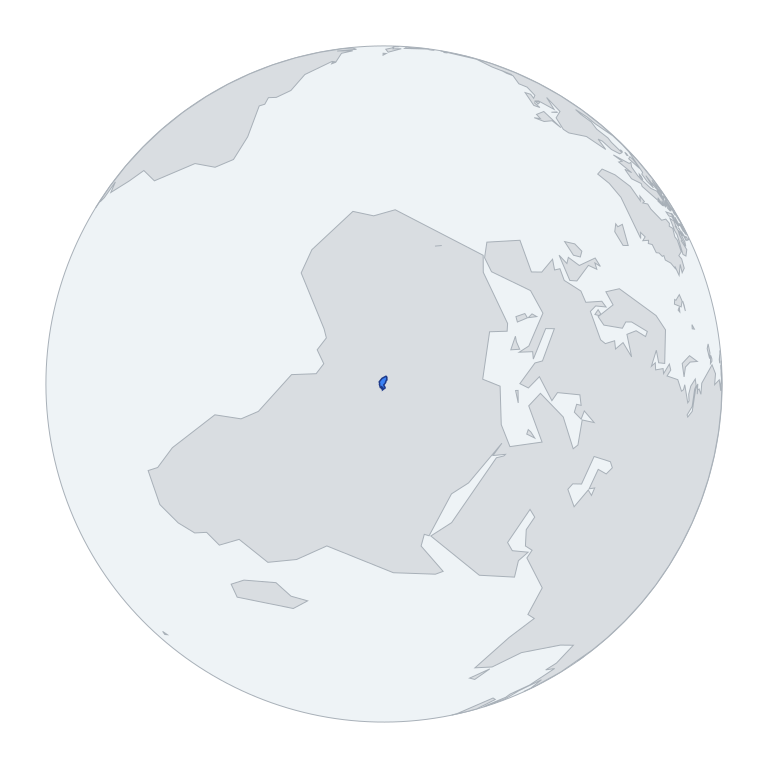 Lac highlighted on a globe, orthographic projection, rotated 74°
{"feature_id": "TCD-1466", "entity_name": "Lac", "entity_type": "Prefecture", "adm_level": 1, "iso_a3": "TCD", "parent_name": "Chad", "parent_adm1": "", "projection": "orthographic", "projection_center": [14.654, 13.759], "detail": "fine", "context": "on_globe", "style": "filled", "palette": "blue", "viewbox_px": 768, "rotation_deg": 74, "n_neighbors": 0, "source": "natural_earth", "source_scale": "10m", "svg_char_len": 9727}
<svg xmlns="http://www.w3.org/2000/svg" viewBox="0 0 768 768"><g transform="rotate(74 384 384)"><circle cx="384" cy="384" r="338" fill="#eef3f6" stroke="#a8b0b8"/><path d="M286.6,60.4L275.7,63.9L280.6,62.4L268.6,67.0L269.8,67.3L262.0,70.2L269.8,68.1L276.7,65.5L282.3,64.0L283.7,64.3L274.0,67.6L271.9,68.0L269.8,69.2L264.4,70.9L267.8,70.2L255.9,74.9L269.6,70.9L261.7,75.3L253.3,78.3L251.8,77.1L228.5,84.6L219.5,89.1L208.4,95.7L192.3,109.1L183.4,115.2L173.0,124.2L178.9,120.6L189.2,112.6L197.7,109.3L209.2,100.9L214.4,98.8L227.2,91.5L227.7,94.0L221.3,100.7L210.7,107.2L207.6,110.7L219.7,106.2L201.9,121.2L193.6,137.1L188.7,141.4L175.6,145.2L170.5,139.7L153.4,148.7L166.9,144.8L154.5,157.4L153.5,160.8L155.6,161.7L161.2,157.9L157.5,163.2L142.8,168.0L145.9,163.2L150.6,161.4L148.1,159.4L138.1,164.6L132.6,171.6L123.2,175.0L119.2,180.4L114.9,184.8L122.0,175.7L109.1,192.7L97.3,205.6L79.4,237.8L92.1,213.7L105.7,192.3L120.9,172.0L137.5,152.9L155.5,135.0L174.8,118.6L195.3,103.7L216.9,90.3L239.3,78.6L262.6,68.6L286.6,60.4ZM50.4,330.2L50.0,332.6L52.4,321.5L54.7,318.2L51.0,337.3L55.1,322.2L54.4,333.7L61.1,341.4L59.6,345.0L64.7,374.8L76.2,392.6L78.8,408.5L76.9,416.2L82.2,421.5L82.3,427.3L108.8,446.9L126.7,466.8L129.1,486.6L120.0,504.9L125.4,548.7L112.6,556.0L118.6,572.9L124.6,593.8L115.7,586.5L127.8,601.5L130.7,606.7L127.5,603.9L135.2,612.7L135.0,612.4L118.3,592.8L103.2,572.1L89.8,550.2L78.0,527.4L68.0,503.7L67.3,501.8L66.2,498.7L58.7,475.5L52.9,451.7L48.9,427.6L46.6,403.3L46.1,378.9L47.4,354.5L50.4,330.2ZM74.5,248.5L74.5,248.4L67.1,271.7L66.4,269.3L67.4,267.2L70.4,258.8L73.2,251.3L74.5,248.5ZM82.1,234.0L83.0,231.5L82.8,232.7L82.1,234.0ZM226.0,90.9L226.6,91.2L223.9,92.3L226.0,90.9ZM231.1,87.6L227.6,88.7L229.5,87.4L231.6,86.7L231.1,87.6ZM234.9,86.7L233.3,85.0L236.7,82.8L247.5,78.7L234.9,86.7ZM278.2,64.7L271.0,67.4L275.8,65.1L278.2,64.7ZM279.9,63.6L286.5,60.4L297.9,57.2L293.4,58.6L307.2,55.0L309.5,54.8L302.5,56.8L294.6,58.7L301.5,57.4L279.9,63.6ZM285.0,63.2L285.3,62.6L295.2,59.6L296.4,60.4L292.8,61.1L285.0,63.2ZM318.2,52.6L321.2,52.1L324.7,51.5L310.6,54.6L309.8,54.3L318.2,52.6ZM291.3,61.9L296.7,61.1L293.3,62.9L285.4,63.8L291.3,61.9ZM297.3,58.6L302.1,57.4L299.8,58.3L297.3,58.6ZM284.2,70.0L284.4,68.6L289.6,66.8L284.2,70.0ZM299.0,60.7L300.2,60.1L302.2,59.4L305.0,59.4L299.0,60.7ZM314.3,54.2L314.4,54.5L320.3,52.8L323.5,52.8L313.5,55.1L319.2,54.1L320.2,54.1L310.9,56.1L314.3,54.2ZM314.1,57.5L302.5,61.3L301.0,63.9L296.4,65.4L299.5,61.0L314.1,57.5ZM313.0,56.4L312.6,57.3L307.0,58.4L303.9,58.4L313.0,56.4ZM329.3,52.1L327.0,51.5L329.2,51.1L329.3,52.1ZM314.8,57.9L317.6,57.1L315.3,58.0L314.8,57.9ZM326.1,53.5L324.9,53.2L327.6,52.7L326.1,53.5ZM324.1,55.8L320.3,56.9L318.0,56.8L324.1,55.8ZM325.9,54.5L329.8,54.0L319.5,56.1L325.0,54.5L325.9,54.5ZM328.7,53.1L329.9,52.7L328.8,53.3L328.7,53.1ZM334.9,56.0L322.5,58.7L317.5,58.3L330.2,55.6L334.9,56.0ZM698.8,261.1L697.2,257.5L702.0,271.5L709.5,293.3L716.3,322.8L718.1,334.2L716.9,326.9L711.7,314.1L716.0,338.8L720.2,354.8L721.8,377.2L721.0,372.8L718.7,353.4L716.8,348.2L713.5,327.0L704.5,298.4L703.4,307.4L699.8,295.1L687.3,274.0L683.6,286.4L680.1,325.9L685.8,358.1L681.9,374.8L662.1,333.5L650.8,304.2L645.2,309.2L623.6,288.1L590.6,294.6L584.6,287.5L578.7,292.7L563.2,287.4L553.5,275.8L544.8,278.2L570.4,308.9L579.6,306.6L585.4,291.8L590.9,303.5L605.6,311.8L594.1,345.1L543.0,380.9L535.9,357.2L485.9,296.3L486.2,288.8L485.9,288.0L485.1,286.6L482.8,298.9L473.4,287.0L502.4,330.0L508.2,349.4L542.3,382.5L539.6,386.7L550.0,393.0L580.4,378.8L581.0,387.0L568.0,427.0L523.9,483.6L528.6,516.4L523.4,544.8L493.4,566.1L493.5,586.7L477.7,595.4L475.0,607.0L460.8,620.1L438.1,632.7L402.2,634.6L401.9,624.6L386.9,605.0L367.0,555.1L378.1,531.0L375.7,512.3L349.5,470.3L355.4,446.4L347.9,436.3L332.7,438.8L323.8,426.7L314.4,426.4L254.4,433.0L235.0,416.3L209.5,366.3L219.5,347.6L219.6,325.2L287.6,253.2L304.0,257.8L359.9,248.5L367.2,251.1L362.9,268.1L406.6,287.8L418.1,273.0L455.4,282.5L478.9,280.2L483.4,248.1L444.9,250.9L436.1,236.2L465.1,220.8L498.4,220.0L496.1,214.4L473.2,203.4L479.0,192.6L465.1,198.9L472.1,204.2L463.6,208.8L456.6,204.4L458.9,200.4L448.4,198.7L440.1,219.6L446.3,227.2L419.8,232.6L427.6,246.3L421.1,253.3L405.4,233.1L405.5,225.3L377.8,205.0L375.3,213.3L401.2,233.6L393.9,232.2L390.7,245.3L387.4,234.3L359.7,211.7L334.6,217.4L305.7,249.7L290.3,252.5L276.0,246.0L283.3,213.7L316.9,211.4L319.9,201.5L310.5,187.6L321.4,188.6L321.7,183.1L334.1,182.2L348.9,169.1L361.1,167.5L364.5,151.8L371.2,149.3L367.3,159.0L371.1,165.6L401.2,163.6L406.2,160.1L406.0,150.4L414.2,151.8L410.1,142.8L426.2,138.5L403.2,136.8L402.3,127.0L410.5,119.5L406.1,116.4L392.6,128.9L391.0,134.5L396.1,139.5L388.0,156.4L378.3,159.6L371.1,142.0L356.5,145.3L357.3,131.5L393.2,103.6L409.5,98.5L441.6,108.5L439.3,114.1L426.6,112.9L440.7,122.1L438.4,117.4L445.3,119.0L446.1,111.5L451.1,112.4L443.5,104.2L449.6,104.5L454.3,109.7L460.8,100.4L472.9,100.0L472.0,97.6L467.6,95.1L485.8,97.2L484.3,95.4L477.8,93.9L470.6,89.7L465.0,83.4L471.6,84.4L474.6,86.8L490.6,94.0L497.3,101.2L499.5,101.1L495.2,95.2L475.6,86.2L470.4,82.3L480.1,85.7L476.2,84.1L475.6,82.5L481.3,82.2L470.8,78.3L456.0,63.4L465.5,62.5L475.8,66.4L472.4,60.6L483.4,62.2L477.4,60.5L471.7,58.0L468.1,57.4L464.8,56.5L454.5,53.5L477.7,59.3L500.3,66.7L522.4,75.7L543.8,86.3L564.4,98.3L584.1,111.7L602.8,126.5L620.4,142.6L636.9,159.9L652.1,178.2L665.9,197.7L678.3,218.0L689.3,239.2L698.8,261.1ZM266.8,290.3L265.5,297.0L266.8,290.3ZM535.9,236.3L554.4,235.1L542.2,216.9L548.3,215.3L542.0,210.1L541.3,215.7L525.1,201.6L531.7,195.2L527.5,187.6L521.1,187.8L511.6,202.0L534.6,221.7L532.0,230.1L535.9,236.3ZM61.4,341.4L61.8,346.1L60.4,344.8L61.4,341.4ZM63.9,276.3L63.5,278.3L62.4,282.1L62.2,281.7L63.9,276.3ZM66.9,290.7L67.7,294.3L65.8,293.7L66.9,290.7ZM66.5,275.0L66.2,288.6L62.7,290.0L63.3,281.9L64.3,282.9L66.5,275.0ZM77.1,243.6L76.3,245.9L74.9,248.9L77.1,243.6ZM81.9,235.0L81.8,234.9L83.3,231.7L81.9,235.0ZM155.4,157.1L156.4,156.9L157.4,158.9L154.7,160.1L155.4,157.1ZM175.8,157.7L169.4,166.2L172.0,160.5L166.9,163.1L166.1,155.3L186.3,143.3L177.3,149.8L175.8,157.7ZM170.7,142.7L168.9,148.2L170.1,142.8L170.7,142.7ZM310.9,157.2L316.0,160.3L312.4,166.4L296.9,171.1L301.9,162.0L310.9,157.2ZM323.9,163.6L321.1,146.3L330.6,143.6L325.8,147.9L332.4,147.8L326.3,154.8L338.1,170.2L335.7,176.8L308.4,180.2L318.6,175.0L313.1,171.9L323.9,163.6ZM297.3,115.9L296.2,110.9L318.2,111.1L316.7,116.0L301.2,120.2L293.9,117.1L297.3,115.9ZM254.4,81.0L252.6,80.8L255.2,79.6L259.0,78.8L254.4,81.0ZM283.9,69.5L265.2,81.4L262.2,81.5L254.9,89.5L244.0,93.3L249.1,87.7L235.3,97.2L235.5,93.7L227.0,100.4L239.5,87.6L239.1,85.6L243.7,86.2L253.7,82.7L257.9,80.6L269.6,73.5L273.8,68.6L284.3,65.1L290.7,64.1L291.3,64.7L284.3,66.5L290.1,66.2L280.4,69.4L283.9,69.5ZM359.2,66.7L350.7,66.3L360.9,70.4L351.2,71.9L353.0,72.3L346.8,75.0L342.4,79.4L337.7,79.6L338.0,81.3L333.9,83.5L332.8,86.1L323.9,87.7L321.8,91.2L318.8,90.1L317.6,95.7L314.5,92.4L309.0,95.6L314.9,97.1L269.8,104.8L253.2,112.2L241.1,120.7L237.5,115.1L246.6,104.3L262.0,92.8L278.5,87.1L273.8,86.2L280.4,83.4L281.3,85.3L283.7,80.9L289.4,79.3L303.1,72.0L303.2,67.7L308.2,65.4L311.0,66.3L314.0,63.5L322.7,63.9L326.5,62.4L338.8,61.8L341.9,65.2L345.9,63.4L355.5,63.5L359.2,66.7ZM338.3,55.9L344.2,58.5L341.8,60.9L321.4,61.1L316.8,62.3L303.6,63.5L307.4,60.3L310.8,60.1L315.0,59.3L312.1,60.6L317.5,59.0L322.4,58.9L327.9,57.8L328.4,58.8L338.3,55.9ZM374.3,244.5L379.8,245.1L388.0,244.0L386.1,252.7L374.3,244.5ZM355.1,229.2L359.9,227.9L361.2,238.7L355.6,238.6L355.1,229.2ZM361.3,218.6L360.0,227.1L357.4,222.4L361.3,218.6ZM371.6,157.7L376.5,156.3L377.5,158.5L375.3,162.1L371.6,157.7ZM387.3,82.8L382.9,81.3L384.0,80.3L379.5,75.5L386.4,74.6L391.8,77.1L387.3,82.8ZM477.5,254.0L471.5,260.6L467.6,257.9L470.5,256.1L477.5,254.0ZM427.1,256.9L439.2,260.2L426.5,259.3L427.1,256.9ZM394.0,80.9L391.4,78.9L396.4,79.8L394.0,80.9ZM391.1,73.8L396.9,74.2L386.7,74.0L391.1,73.8ZM565.3,661.3L564.4,663.7L560.8,665.0L565.3,661.3ZM574.8,533.1L548.4,583.9L534.3,586.1L533.9,572.7L545.2,542.6L562.3,531.9L571.4,517.2L574.8,533.1ZM720.9,410.2L721.0,404.6L715.9,365.7L717.9,364.0L721.9,384.5L721.8,389.8L721.8,392.9L720.9,410.2ZM687.0,360.8L693.0,378.2L690.3,382.8L687.0,360.8ZM703.2,273.1L703.7,274.5L702.0,269.9L700.9,266.6L703.2,273.1ZM448.7,76.6L447.3,83.7L450.8,89.6L459.9,93.6L446.5,91.7L441.0,82.5L448.7,76.6ZM454.4,64.6L446.4,62.1L450.1,61.9L452.5,62.5L454.4,64.6ZM449.4,64.0L439.1,63.6L434.8,61.4L443.8,62.1L449.4,64.0ZM416.8,70.5L415.9,72.5L411.8,71.6L416.8,70.5ZM463.0,56.2L458.6,55.1L459.9,55.2L463.0,56.2ZM447.2,52.4L448.8,53.1L444.3,51.9L447.2,52.4ZM452.9,55.0L448.1,53.1L456.6,55.6L452.9,55.0Z" fill="#d9dde1" stroke="#a8b0b8" stroke-width="1"/><path d="M380.6,388.0L379.3,386.2L378.0,384.3L378.0,384.1L377.9,383.9L377.9,383.7L377.8,383.4L377.8,383.2L377.7,383.0L377.7,382.8L377.6,382.6L377.6,382.4L377.6,382.2L377.5,381.9L377.4,381.7L377.4,381.3L377.3,381.0L377.2,380.7L377.1,380.3L377.1,380.0L377.3,379.7L377.5,379.6L377.9,379.5L378.0,379.5L378.7,379.5L378.8,379.5L379.0,379.7L379.0,379.8L380.0,379.8L380.3,380.0L380.6,380.1L380.8,380.1L380.9,380.3L381.0,380.3L381.1,380.6L381.1,380.8L381.3,380.9L381.7,381.3L381.8,381.3L382.0,381.4L382.1,381.5L382.3,381.8L382.8,381.9L383.0,382.0L383.5,382.7L383.8,382.9L383.9,383.1L384.8,384.5L385.1,384.4L385.5,384.5L387.2,384.0L388.1,384.0L389.2,386.9L388.5,386.6L388.4,386.5L388.3,386.4L388.2,386.1L387.3,386.2L387.2,386.2L387.2,386.3L387.7,387.0L387.8,387.1L388.1,387.2L388.2,387.3L387.9,387.6L387.7,387.6L387.6,387.8L387.4,387.8L387.4,387.7L387.2,387.5L387.1,387.4L386.8,387.2L386.6,387.2L386.4,387.1L386.2,387.0L386.0,386.9L385.9,387.0L386.0,387.1L386.0,387.3L386.1,387.5L386.2,387.9L386.2,388.1L386.1,388.3L386.1,388.5L383.1,388.5L382.7,388.1L380.6,388.0Z" fill="#3b82f6" stroke="#1e3a8a" stroke-width="1.5"/></g></svg>